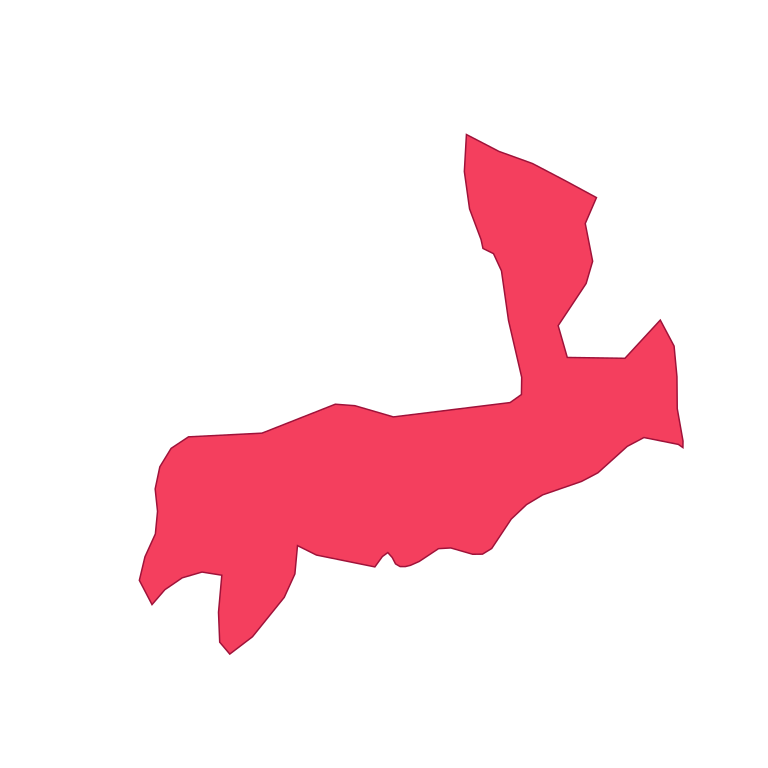 an SVG outline of Samaná, rotated 164°
{"feature_id": "DOM-1983", "entity_name": "Samaná", "entity_type": "Province", "adm_level": 1, "iso_a3": "DOM", "parent_name": "Dominican Republic", "parent_adm1": "", "projection": "equal_earth", "projection_center": [-69.507, 19.186], "detail": "fine", "context": "isolated", "style": "filled", "palette": "rose", "viewbox_px": 768, "rotation_deg": 164, "n_neighbors": 0, "source": "natural_earth", "source_scale": "10m", "svg_char_len": 1082}
<svg xmlns="http://www.w3.org/2000/svg" viewBox="0 0 768 768"><g transform="rotate(164 384 384)"><path d="M114.2,240.5L117.7,244.8L148.9,260.9L167.4,257.0L202.8,239.7L221.0,235.9L262.0,233.7L280.2,228.8L298.9,219.1L325.8,196.2L336.2,193.3L345.7,195.9L365.0,208.0L377.0,210.7L399.1,203.7L408.6,202.4L413.9,202.6L418.9,204.1L422.5,207.9L423.9,214.9L426.8,220.9L433.1,218.6L443.2,210.7L496.1,238.2L511.7,252.5L522.0,226.0L538.7,206.4L580.1,177.3L606.7,166.9L613.1,181.1L606.0,210.2L592.6,244.9L610.8,253.4L631.4,253.3L651.3,246.7L667.8,235.9L673.3,262.7L661.4,283.8L645.1,302.9L636.8,324.0L632.9,346.2L622.3,366.2L606.4,380.8L586.5,387.1L514.9,370.4L436.4,378.0L418.0,371.2L384.1,349.8L267.9,331.4L254.8,336.0L249.8,352.4L246.8,410.7L239.9,460.4L242.8,479.1L251.5,487.0L250.9,496.1L253.5,528.7L248.2,566.1L236.0,601.1L209.4,575.9L180.5,555.0L154.3,530.0L128.4,504.6L146.3,482.8L149.6,444.5L162.0,424.9L176.3,412.7L200.5,392.1L200.5,359.0L145.3,342.3L100.8,369.3L94.7,340.5L100.4,310.2L108.9,279.5L112.3,246.7L114.2,240.5Z" fill="#f43f5e" stroke="#9f1239" stroke-width="1.5"/></g></svg>